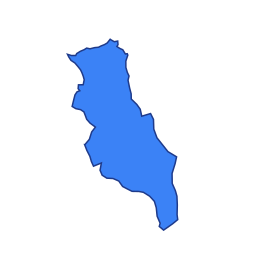 the district of Kannaviou, Paphos, Cyprus, rotated 301°
{"feature_id": "46923920B99178122157900", "entity_name": "Kannaviou", "entity_type": "district", "adm_level": 2, "iso_a3": "CYP", "parent_name": "Cyprus", "parent_adm1": "Paphos", "projection": "robinson", "projection_center": [32.575, 34.907], "detail": "fine", "context": "isolated", "style": "filled", "palette": "blue", "viewbox_px": 256, "rotation_deg": 301, "n_neighbors": 0, "source": "geoboundaries", "source_scale": "gbopen_adm2", "svg_char_len": 1343}
<svg xmlns="http://www.w3.org/2000/svg" viewBox="0 0 256 256"><g transform="rotate(301 128 128)"><path d="M91.4,99.4L87.6,104.3L84.1,109.9L80.4,113.9L77.5,118.1L84.3,123.2L77.4,125.8L74.2,130.2L74.1,135.7L77.0,141.2L77.8,147.4L75.1,153.5L75.4,158.6L75.8,164.1L79.2,170.0L80.8,174.3L80.7,181.7L78.7,188.4L74.2,193.3L67.4,198.4L62.9,204.6L59.7,205.5L58.8,211.1L68.9,215.6L75.1,217.8L79.0,214.7L87.3,210.0L94.7,205.1L98.1,201.5L98.9,200.6L103.2,194.5L111.7,189.2L121.8,186.7L128.3,184.5L128.3,175.8L128.3,174.4L131.2,166.7L134.5,157.9L140.3,150.7L148.5,145.4L152.0,139.9L145.2,133.7L150.4,128.8L152.7,123.5L154.5,115.9L158.9,113.1L163.0,108.9L166.8,105.4L169.0,103.4L173.1,102.1L175.3,98.8L178.8,95.0L184.2,91.7L190.4,90.3L191.3,89.1L190.1,87.6L192.4,83.2L192.0,80.0L192.1,76.5L194.3,76.5L197.2,74.4L194.9,71.8L194.8,68.2L194.9,67.0L190.2,66.4L187.4,64.9L184.4,62.6L182.0,61.1L179.8,58.1L176.3,54.6L175.2,51.4L172.6,50.1L169.3,47.7L165.4,45.7L163.2,45.8L161.0,42.2L160.0,38.2L159.6,38.8L158.3,40.8L156.6,44.3L156.4,48.9L155.0,53.2L153.4,57.4L151.6,60.1L149.3,63.0L146.8,65.6L142.0,67.3L139.5,63.3L136.0,65.0L135.1,67.5L132.8,65.7L129.1,65.5L124.4,66.9L117.7,69.0L117.7,73.3L119.3,77.9L119.1,81.9L117.1,84.5L114.2,88.1L112.6,93.1L112.0,99.6L105.9,98.9L98.4,100.7L91.5,99.6L91.4,99.4Z" fill="#3b82f6" stroke="#1e3a8a" stroke-width="1.5"/></g></svg>